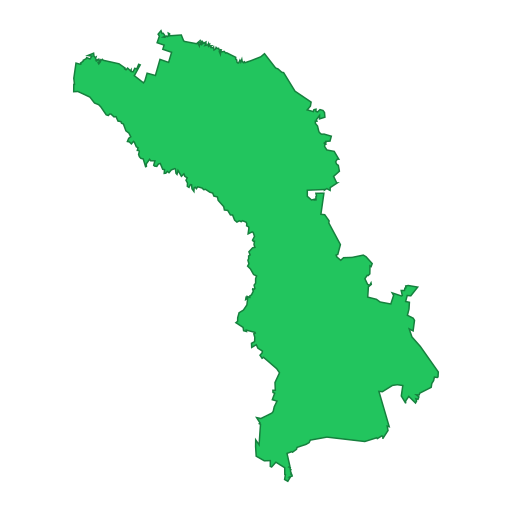 the district of Ocozocoautla de Espinosa, Chiapas, Mexico
{"feature_id": "50627088B54254401995416", "entity_name": "Ocozocoautla de Espinosa", "entity_type": "district", "adm_level": 2, "iso_a3": "MEX", "parent_name": "Mexico", "parent_adm1": "Chiapas", "projection": "robinson", "projection_center": [-93.582, 16.795], "detail": "fine", "context": "isolated", "style": "filled", "palette": "green", "viewbox_px": 512, "rotation_deg": 0, "n_neighbors": 0, "source": "geoboundaries", "source_scale": "gbopen_adm2", "svg_char_len": 5946}
<svg xmlns="http://www.w3.org/2000/svg" viewBox="0 0 512 512"><path d="M408.2,285.5L405.7,286.0L405.9,287.8L404.9,288.1L404.5,290.5L401.2,290.5L402.3,295.5L401.5,296.0L392.2,292.9L393.6,295.4L390.8,304.0L380.1,302.0L376.4,299.3L367.7,297.1L368.4,286.8L371.3,284.4L371.0,282.9L369.7,285.3L367.6,284.4L364.9,278.7L367.2,275.3L368.0,275.6L369.8,273.9L370.0,265.9L371.1,266.6L372.2,263.6L366.1,256.8L363.3,255.1L352.2,257.4L343.6,257.7L340.7,260.3L336.8,256.9L336.1,255.1L337.8,254.4L340.4,244.6L328.8,223.0L329.1,220.9L324.7,214.7L320.9,214.3L323.9,193.2L315.9,193.3L316.5,196.0L315.9,196.7L316.0,199.9L314.4,200.0L314.6,199.2L311.5,200.0L307.3,196.3L307.3,190.2L324.7,189.5L324.6,190.0L326.8,188.6L330.1,190.4L330.2,187.6L337.3,182.9L336.7,182.9L333.6,176.4L339.4,171.2L338.3,165.3L336.8,164.4L335.6,161.9L337.2,159.2L338.8,159.2L334.2,151.4L326.9,150.0L324.6,146.5L324.8,144.6L325.7,144.2L324.6,143.5L325.4,143.1L324.9,142.6L325.9,142.5L325.7,141.4L330.0,141.1L331.3,136.2L324.1,134.1L321.4,134.2L319.8,132.9L318.9,131.7L317.5,126.0L315.4,123.4L315.3,121.2L316.9,121.2L316.4,119.6L319.5,115.5L319.5,118.9L324.9,117.2L324.5,112.5L323.0,110.5L320.0,109.6L317.5,112.0L315.9,111.4L316.0,109.2L313.9,109.7L313.3,111.6L307.2,109.9L310.4,106.1L311.1,102.1L295.0,91.2L283.6,72.6L281.8,72.3L278.0,68.9L275.6,68.0L264.5,53.7L260.8,56.8L250.9,60.7L245.0,62.7L244.4,61.8L243.4,62.7L242.1,61.2L241.8,59.4L240.8,62.2L239.9,60.2L238.6,63.0L237.8,63.0L236.9,62.1L236.7,59.9L235.7,59.2L235.7,57.3L226.7,52.8L225.7,53.1L224.2,51.4L220.6,52.1L220.4,54.2L219.3,51.7L220.9,51.0L221.3,49.9L220.5,49.7L219.6,50.7L218.6,48.3L217.0,48.4L216.1,47.4L215.5,49.1L214.0,50.0L213.6,47.1L213.0,47.8L210.9,47.6L210.5,46.7L211.6,45.8L209.4,45.8L209.6,44.1L208.8,44.5L209.2,45.8L208.6,46.3L208.4,43.8L207.9,44.8L205.0,45.5L206.0,43.9L204.6,43.3L205.8,42.9L205.9,42.0L203.7,43.2L202.2,41.4L201.8,42.5L200.9,41.4L201.0,42.3L200.3,42.6L201.1,42.9L200.2,43.1L203.1,43.6L201.2,43.9L202.2,45.0L199.4,44.0L199.3,45.9L198.2,44.1L199.1,41.5L196.5,43.7L184.7,41.5L183.6,40.8L181.3,35.0L169.4,35.8L169.6,33.8L168.3,33.1L168.7,35.4L167.6,36.6L166.8,36.0L164.9,37.3L163.2,37.1L165.2,36.1L163.2,33.3L162.0,33.5L161.0,30.7L158.1,34.2L159.4,36.1L157.1,42.7L164.1,45.1L162.8,49.3L171.6,52.3L168.6,62.4L160.0,59.4L155.4,75.5L147.1,73.2L144.9,80.8L143.5,82.9L134.3,75.7L140.2,64.9L138.7,64.3L136.7,69.0L134.8,68.3L133.1,71.8L131.1,71.5L131.1,69.8L130.4,70.8L127.6,68.1L126.0,69.8L124.6,68.8L125.1,68.1L119.0,63.8L103.3,60.3L102.3,59.3L100.9,60.4L100.4,59.9L100.5,61.3L99.7,61.5L100.1,62.2L98.8,63.9L97.7,62.0L98.7,63.2L99.6,60.9L98.3,59.2L97.6,59.7L97.9,60.8L97.6,60.2L96.6,61.0L96.2,60.8L96.9,60.4L95.5,58.7L96.0,57.0L95.1,57.5L94.0,56.2L93.6,53.2L87.9,55.5L91.9,56.2L90.0,59.0L86.6,57.6L86.5,58.5L83.2,60.3L83.2,61.2L80.6,63.0L81.0,63.9L80.3,64.3L76.0,63.1L73.8,78.3L74.5,84.4L73.8,84.4L73.7,91.7L77.9,91.5L89.9,97.1L94.5,103.0L98.7,104.7L100.9,107.0L106.2,114.8L108.3,115.5L109.6,114.1L110.9,114.0L114.0,116.9L116.0,116.6L118.0,121.1L120.9,121.6L121.5,123.2L123.4,124.0L125.9,130.8L128.9,133.1L130.8,136.8L128.7,138.3L127.4,141.5L129.4,141.9L131.4,143.9L133.5,141.4L134.4,142.3L136.3,146.8L138.0,147.7L137.3,150.4L138.7,150.5L139.3,151.4L138.6,154.5L139.4,156.7L140.9,158.4L143.2,158.9L145.6,166.7L146.4,166.4L146.3,163.9L149.6,159.3L150.7,160.8L154.9,160.8L153.7,165.3L154.6,166.1L156.8,166.4L158.4,164.0L160.3,163.5L162.7,169.3L164.5,169.6L164.2,173.4L165.8,173.2L167.3,171.4L169.0,172.7L171.3,169.9L174.8,168.6L175.4,168.9L176.0,173.3L177.0,174.4L178.0,170.5L181.4,176.3L183.9,173.9L184.8,176.3L187.2,177.8L186.0,180.3L187.5,183.0L187.3,186.3L189.0,187.4L190.4,184.6L191.5,184.7L192.0,188.8L193.9,191.4L194.1,187.9L195.2,187.2L196.4,188.7L197.7,186.8L202.0,188.0L203.8,189.7L205.5,189.3L209.8,192.2L212.7,193.1L213.9,196.1L217.4,196.9L218.2,200.4L223.7,206.6L224.4,210.0L227.7,210.4L230.4,214.9L232.6,215.0L234.6,220.1L236.9,222.1L239.4,220.8L241.2,221.7L242.5,220.7L246.0,222.1L246.8,223.6L246.6,225.8L248.5,226.8L248.9,227.9L248.1,233.8L252.2,231.9L253.2,232.5L254.5,236.4L252.5,240.2L253.3,241.2L254.5,241.2L254.0,244.5L254.9,247.4L252.6,247.8L248.9,251.8L250.1,254.9L248.6,256.0L248.7,258.5L247.9,260.2L248.9,263.8L247.6,266.1L250.4,268.9L253.6,274.5L256.6,276.0L255.6,278.7L255.6,283.2L254.1,285.1L254.9,288.6L254.3,289.2L252.8,288.8L252.6,289.6L253.4,291.0L251.4,295.0L249.9,295.8L249.8,297.4L247.1,296.4L247.1,297.1L246.1,297.1L245.7,299.5L247.7,298.1L246.9,304.9L243.4,310.1L239.1,312.7L237.7,317.7L237.6,321.3L235.9,322.7L243.1,327.4L243.6,330.7L246.5,331.5L246.3,330.1L255.0,332.4L255.3,333.1L253.8,333.8L254.8,337.3L254.6,341.6L251.5,343.3L251.7,347.4L256.3,344.7L257.9,348.2L262.4,351.1L262.1,352.9L260.0,355.2L262.1,358.3L263.5,357.3L276.7,368.7L279.5,372.8L275.0,382.5L275.3,390.3L272.9,390.3L273.0,392.5L274.7,393.2L272.3,399.7L277.0,401.1L274.2,406.9L273.2,411.5L271.8,413.1L260.9,418.5L256.6,417.6L260.0,422.9L259.3,423.7L260.5,424.3L259.1,444.8L255.7,439.9L255.6,446.6L256.2,456.2L264.3,460.8L270.3,460.6L270.3,466.4L271.6,467.0L275.9,462.2L284.7,467.7L284.8,474.5L285.4,474.7L284.6,479.5L287.8,481.3L290.2,477.3L289.5,477.1L292.2,476.0L291.7,474.3L290.8,474.0L291.2,473.1L290.4,470.9L290.9,469.6L290.0,468.9L290.3,467.6L288.9,467.0L289.9,466.3L287.0,453.4L291.6,451.7L292.5,452.2L296.5,449.3L297.0,447.4L306.2,444.3L309.1,442.6L310.3,440.1L326.9,437.1L364.8,441.5L376.6,437.8L377.3,438.6L381.8,435.9L383.0,436.5L382.7,438.7L388.0,430.5L387.2,426.1L389.2,426.7L378.9,391.4L382.4,391.7L392.5,385.4L397.3,384.7L402.8,385.5L401.3,396.0L405.7,403.3L405.6,401.0L408.8,396.4L415.5,403.0L416.6,401.0L415.8,398.7L418.0,399.3L418.9,396.9L416.3,394.8L419.2,394.9L419.7,393.2L431.2,387.3L431.8,383.5L433.6,380.6L434.4,377.1L437.3,377.5L438.0,376.9L438.3,372.0L420.3,346.4L411.9,336.9L409.2,328.9L413.1,330.9L414.5,320.4L413.2,318.2L407.4,315.3L409.0,309.0L409.4,302.3L405.6,301.5L407.2,295.5L410.8,295.8L417.7,287.1L408.2,285.5Z" fill="#22c55e" stroke="#15803d" stroke-width="1.5"/></svg>